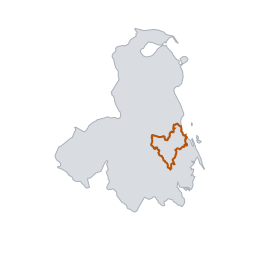 Anzoátegui on a map of Venezuela (orthographic projection), rotated 71°
{"feature_id": "VEN-40", "entity_name": "Anzoátegui", "entity_type": "State", "adm_level": 1, "iso_a3": "VEN", "parent_name": "Venezuela", "parent_adm1": "", "projection": "orthographic", "projection_center": [-64.438, 8.961], "detail": "fine", "context": "in_parent", "style": "outline", "palette": "amber", "viewbox_px": 256, "rotation_deg": 71, "n_neighbors": 0, "source": "natural_earth", "source_scale": "10m", "svg_char_len": 8012}
<svg xmlns="http://www.w3.org/2000/svg" viewBox="0 0 256 256"><g transform="rotate(71 128 128)"><path d="M217.3,99.0L219.9,102.3L219.6,103.1L218.1,103.9L217.2,105.8L215.2,106.6L212.5,109.0L210.6,109.2L207.9,113.0L209.4,116.0L209.1,117.5L209.8,118.2L213.0,118.3L213.3,119.1L212.9,120.3L212.4,121.1L208.0,123.6L205.9,123.4L205.0,124.1L202.1,124.7L201.4,126.1L202.1,128.1L202.4,131.3L198.9,135.1L207.8,145.2L208.8,145.7L209.7,148.0L209.4,149.4L207.8,151.0L205.6,152.3L204.3,154.4L202.9,154.8L200.5,154.6L199.3,155.8L197.7,156.2L196.7,157.8L188.5,160.5L185.0,159.7L180.8,161.6L180.1,166.4L178.8,167.5L177.3,167.5L172.2,162.7L169.6,163.4L167.9,162.7L162.8,162.9L160.5,160.2L155.2,160.0L153.2,158.2L152.3,158.1L151.9,158.7L153.9,161.8L160.1,167.6L160.1,172.8L163.0,180.1L162.5,182.5L164.2,183.1L171.5,183.7L171.5,186.3L170.5,187.5L169.1,187.7L165.3,189.6L163.0,190.3L161.6,194.5L160.3,195.8L159.0,196.8L156.4,196.8L153.1,199.5L151.9,199.5L149.0,200.8L144.4,204.8L142.8,207.2L141.7,207.2L142.2,205.1L141.6,204.0L140.5,203.4L139.5,203.3L138.2,203.8L134.8,205.9L131.4,206.3L129.7,205.4L123.5,199.8L123.4,198.0L122.0,193.6L118.9,185.4L118.9,183.8L114.0,179.7L113.4,178.3L111.3,177.7L110.1,178.2L110.4,176.9L117.0,171.1L117.6,169.8L115.0,166.0L113.6,164.9L112.8,163.6L111.2,159.0L110.8,155.5L110.2,154.7L110.9,146.2L110.7,144.3L111.2,142.8L112.5,141.8L113.2,140.3L113.3,138.2L114.1,136.5L115.5,135.2L116.0,133.9L115.4,131.8L114.3,130.9L110.3,130.2L109.2,130.9L101.9,132.0L98.3,131.9L95.5,131.3L93.4,131.5L91.0,132.6L89.8,131.9L88.8,132.3L79.4,120.7L75.9,120.4L71.1,118.7L67.4,119.9L65.8,120.0L59.1,119.3L55.4,119.8L53.9,119.1L52.9,118.2L51.3,114.4L48.7,113.8L47.7,112.2L48.2,106.2L49.4,104.5L49.0,101.8L48.7,100.4L45.4,97.0L43.8,90.3L41.6,89.9L41.0,88.4L40.3,88.2L38.5,89.0L36.5,89.3L36.1,89.0L41.2,80.9L43.3,71.3L45.8,66.6L49.2,62.8L51.9,61.7L55.9,55.3L64.5,52.8L62.2,54.7L57.1,55.9L55.9,56.7L56.0,58.8L57.4,61.9L59.9,64.4L58.7,64.6L59.2,66.9L60.4,68.4L60.4,69.3L59.4,72.3L55.4,76.8L53.2,80.8L54.8,83.2L55.0,84.4L57.8,87.5L57.5,88.7L58.7,91.1L60.8,91.5L64.8,90.0L66.9,87.5L67.5,82.6L67.1,80.8L64.8,76.5L63.1,74.8L61.8,71.1L61.2,67.7L62.3,66.9L62.2,65.1L65.0,64.7L71.0,61.9L74.7,61.3L79.0,59.8L80.8,57.8L81.5,57.7L83.6,58.9L84.7,58.5L85.2,57.6L84.6,55.8L79.6,56.3L78.4,52.7L79.6,49.8L82.3,48.8L84.1,50.5L85.4,55.7L87.1,58.5L92.4,58.0L97.9,59.3L103.6,63.0L105.3,66.9L104.5,67.9L104.9,69.6L105.7,71.2L107.0,72.3L110.6,72.6L122.6,70.8L132.6,70.6L134.5,71.4L134.7,72.8L137.9,75.7L147.7,78.4L151.5,78.0L160.5,73.0L165.3,73.1L166.7,72.4L164.9,71.6L160.9,71.3L159.7,71.9L159.0,70.6L164.8,70.2L169.9,70.5L174.0,69.5L177.3,69.5L180.6,68.9L186.8,69.6L191.7,69.0L191.2,69.8L187.0,70.5L185.0,71.7L180.7,71.5L177.8,72.0L178.7,72.3L178.7,73.5L179.6,73.8L180.9,75.3L181.2,76.5L180.1,78.5L181.3,78.3L182.0,77.7L182.0,76.3L182.7,76.5L185.9,82.2L187.2,80.9L188.1,81.7L188.1,79.5L189.1,79.6L191.4,81.0L193.8,84.3L193.4,81.8L195.3,81.7L195.8,80.6L199.6,84.2L203.6,85.2L206.6,87.9L206.0,89.2L204.2,89.9L203.5,90.8L202.2,95.1L200.6,98.4L195.5,98.5L199.8,101.0L201.3,100.0L203.4,99.9L206.6,98.5L211.0,99.1L212.9,97.9L215.2,98.0L217.3,99.0ZM165.1,63.7L165.5,65.5L164.1,67.1L162.3,67.1L160.9,66.1L160.1,66.4L157.6,65.8L158.3,64.8L160.1,64.4L161.5,65.5L162.6,65.5L162.9,64.6L164.5,63.2L165.1,63.7ZM205.8,93.6L203.1,95.0L202.9,93.6L205.0,91.9L205.9,92.9L205.8,93.6ZM146.6,66.8L145.9,67.1L143.9,66.4L144.3,65.9L145.4,65.9L146.6,66.8ZM206.3,91.0L204.7,91.4L205.1,90.4L206.8,89.9L207.4,90.1L206.3,91.0Z" fill="#d9dde1" stroke="#a8b0b8" stroke-width="1"/><path d="M143.7,77.3L147.2,78.0L147.7,78.3L148.2,78.4L148.4,78.5L147.4,78.2L147.1,78.2L147.2,78.4L147.5,78.5L148.3,78.7L148.5,78.6L148.8,78.5L149.3,78.4L149.7,78.1L150.0,78.0L150.2,77.9L151.0,78.1L152.0,78.2L152.5,78.1L152.9,77.9L153.1,77.7L153.3,77.0L153.3,76.7L153.3,76.4L153.3,76.2L153.4,76.3L153.6,76.4L153.9,76.4L153.8,76.5L153.7,76.6L153.8,76.8L154.0,76.7L154.1,76.4L154.5,75.9L155.1,75.7L155.3,75.7L155.2,75.8L155.4,75.9L155.5,75.8L155.6,76.0L155.7,75.9L155.8,75.9L156.0,76.1L156.3,76.4L156.9,76.6L157.0,76.7L157.1,76.8L157.1,77.2L157.1,77.3L157.3,77.4L157.5,77.5L157.8,77.8L158.2,78.0L158.3,78.0L158.5,78.0L158.8,77.9L159.0,78.0L159.4,78.2L159.5,78.3L160.1,78.3L161.0,78.2L161.8,78.0L162.2,77.7L162.4,77.6L162.5,77.5L163.3,77.7L163.5,77.8L163.7,78.2L163.6,78.3L163.3,78.4L163.2,78.5L162.9,78.4L162.6,78.5L162.4,78.5L162.2,78.7L162.2,79.8L162.3,80.0L162.5,80.2L163.0,80.2L163.2,80.3L163.2,80.5L163.3,80.6L163.6,80.6L163.8,80.8L164.1,81.1L164.1,81.3L163.8,81.5L163.8,81.9L163.8,82.0L163.7,82.1L163.6,82.4L163.5,82.5L163.7,82.9L163.7,83.1L163.8,83.4L165.1,85.5L165.0,85.8L163.5,87.4L163.5,87.9L163.4,88.6L163.5,88.8L164.1,89.4L164.2,89.6L164.3,90.2L164.3,90.3L164.5,90.3L165.1,90.0L165.2,89.9L165.3,89.9L165.6,90.0L165.8,90.0L166.0,89.9L166.3,89.9L167.4,90.6L167.6,90.7L167.9,90.7L168.1,90.8L168.3,91.1L168.5,91.4L168.5,91.5L168.9,91.6L169.1,91.7L169.7,92.2L169.8,92.2L169.9,92.4L170.0,92.5L170.6,92.8L170.8,92.9L171.0,93.0L171.6,94.2L172.1,95.8L172.4,96.0L172.5,96.0L173.0,96.2L177.0,95.9L177.4,95.9L177.4,96.1L177.3,96.3L177.2,96.4L176.6,96.3L176.4,96.3L176.2,96.6L175.9,97.1L176.0,98.1L176.0,98.4L176.1,98.6L176.4,98.9L176.7,99.1L176.9,99.2L180.2,100.3L180.1,100.6L180.1,100.8L180.2,101.0L180.8,101.2L180.9,101.3L181.0,101.5L180.8,101.6L180.7,101.6L180.2,101.6L179.8,101.7L179.6,101.8L179.3,102.1L179.2,102.2L179.1,102.5L178.8,102.8L178.4,103.1L178.0,103.2L177.6,103.1L177.2,102.9L177.0,102.6L175.7,102.4L175.0,102.4L174.3,102.5L173.6,102.8L173.3,102.9L173.0,103.1L172.5,103.8L172.2,103.9L171.5,103.8L171.3,103.8L171.0,103.9L170.9,104.1L170.6,104.5L170.3,104.8L170.0,104.9L169.2,104.8L168.4,104.8L168.1,104.8L167.8,104.7L167.6,104.7L167.4,104.7L167.2,104.8L166.8,105.1L166.6,105.2L166.3,105.2L166.1,105.2L165.9,105.1L165.6,105.1L165.4,105.2L165.3,105.4L164.9,106.2L164.8,106.5L164.6,106.6L164.2,106.8L163.9,107.0L163.7,107.2L163.5,107.3L163.3,107.3L163.1,107.3L162.5,107.2L162.2,107.1L161.9,107.2L161.6,107.3L161.4,107.4L161.2,107.2L161.1,106.9L160.8,106.7L159.9,105.9L159.7,105.8L159.5,105.7L159.2,105.8L158.8,106.0L158.7,106.1L158.6,106.5L158.3,106.8L157.2,107.0L156.9,107.0L156.2,106.9L155.9,106.9L155.8,107.1L155.7,107.3L155.5,107.9L155.6,108.3L155.9,108.6L156.2,108.8L156.5,109.0L156.6,109.4L156.3,109.8L155.9,110.0L155.6,110.1L155.3,110.1L154.6,110.0L154.4,110.0L154.2,110.1L153.5,110.7L152.7,111.0L151.9,111.5L151.6,111.6L151.4,111.6L151.2,111.5L151.0,111.3L150.7,111.0L150.3,110.8L149.5,110.0L148.8,109.5L148.0,109.2L147.6,109.1L146.8,109.0L146.0,108.7L145.6,108.6L145.3,108.6L144.6,108.7L144.4,108.3L144.4,108.2L144.1,108.0L143.8,107.9L143.5,107.9L143.0,107.9L142.8,107.8L142.7,107.6L142.7,107.3L142.7,107.1L142.8,106.8L142.9,106.5L143.1,106.3L143.3,106.2L144.1,105.3L144.2,104.9L144.3,104.6L144.5,104.3L145.3,103.4L145.5,103.3L145.8,102.6L146.5,102.0L146.6,101.8L146.9,101.0L147.0,100.5L147.1,100.3L147.2,100.0L147.4,99.2L147.4,98.9L147.4,98.5L147.2,98.1L147.2,97.4L147.5,96.8L147.6,96.7L148.0,96.6L148.3,96.5L148.4,96.4L148.5,96.5L148.9,96.6L149.0,96.7L149.3,96.7L150.3,96.6L150.5,96.6L150.9,96.6L151.1,96.6L151.3,96.7L151.5,96.5L151.6,96.2L151.5,95.7L151.7,95.2L151.9,95.0L152.3,94.8L152.1,94.4L152.0,94.2L151.7,94.0L151.5,93.9L151.3,93.6L151.0,93.3L150.8,93.2L150.4,93.1L150.2,92.8L150.3,92.4L150.2,92.2L150.1,91.9L150.0,91.7L149.8,91.6L149.6,91.4L149.2,91.3L149.1,91.2L148.7,90.9L148.5,90.7L148.3,90.7L147.4,90.7L147.2,90.6L146.9,90.2L146.7,90.0L146.5,89.8L146.3,89.6L146.2,89.4L145.9,89.2L145.9,88.7L145.7,88.4L145.6,88.2L145.6,87.9L145.8,87.7L146.5,87.3L146.6,87.2L146.7,86.9L146.7,86.4L146.6,86.2L146.4,86.0L146.1,86.0L145.6,85.9L145.0,85.7L144.7,85.6L144.5,85.4L144.3,85.4L144.2,85.2L143.6,84.1L143.5,84.3L142.8,85.2L140.0,83.7L139.9,83.6L140.0,83.4L140.3,83.0L140.4,82.8L140.4,82.4L140.3,82.1L140.0,81.6L139.9,81.4L139.9,81.0L140.0,79.9L140.4,79.6L140.5,79.6L140.8,79.7L141.0,79.5L141.2,79.4L141.3,79.4L141.7,79.3L141.9,79.2L142.1,79.1L142.4,78.7L142.5,78.6L142.9,78.5L143.2,78.3L143.4,78.2L143.5,78.0L143.7,77.3Z" fill="none" stroke="#b45309" stroke-width="2"/></g></svg>